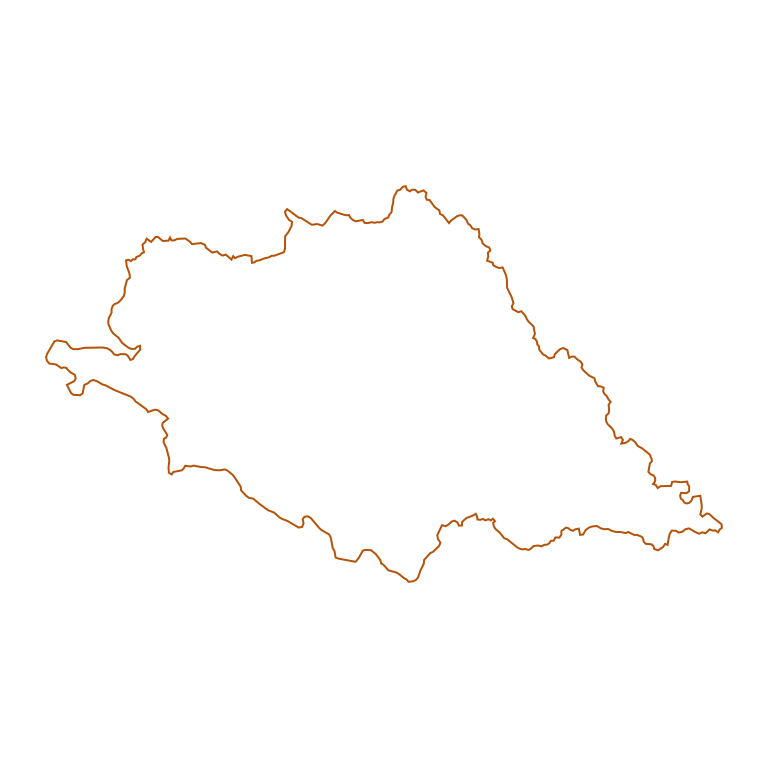 the district of São Roque de Minas, Minas Gerais, Brazil
{"feature_id": "56859067B90207233852614", "entity_name": "São Roque de Minas", "entity_type": "district", "adm_level": 2, "iso_a3": "BRA", "parent_name": "Brazil", "parent_adm1": "Minas Gerais", "projection": "natural_earth1", "projection_center": [-46.507, -20.181], "detail": "fine", "context": "isolated", "style": "outline", "palette": "amber", "viewbox_px": 768, "rotation_deg": 0, "n_neighbors": 0, "source": "geoboundaries", "source_scale": "gbopen_adm2", "svg_char_len": 6085}
<svg xmlns="http://www.w3.org/2000/svg" viewBox="0 0 768 768"><path d="M603.7,387.7L600.6,386.4L597.9,386.2L595.2,381.3L594.5,378.3L589.1,375.6L583.5,370.4L581.5,367.6L582.3,364.1L580.6,361.6L577.4,359.5L574.4,356.6L571.7,356.6L569.2,357.9L567.3,350.0L563.1,348.0L559.7,349.4L554.9,354.1L554.0,357.2L549.1,358.5L545.2,355.4L543.0,354.4L539.2,349.5L539.1,346.4L537.4,344.6L536.9,341.6L535.5,339.1L533.1,338.0L534.9,333.9L533.5,326.4L528.6,321.7L526.6,318.8L525.4,315.9L521.3,311.2L518.3,312.2L512.6,309.1L511.8,306.4L513.5,303.2L511.7,297.3L507.1,287.8L506.9,280.0L506.1,275.4L502.6,267.4L499.4,268.1L495.8,266.7L493.3,265.3L492.7,262.7L487.1,260.7L488.2,256.5L488.0,252.6L490.4,250.5L489.2,247.5L485.8,246.1L482.6,243.3L481.4,239.6L479.0,237.2L479.4,234.1L478.6,229.1L475.2,229.5L472.2,228.2L470.1,225.1L468.0,223.7L466.5,220.0L462.3,215.4L459.6,215.3L456.9,216.3L450.9,220.7L449.0,223.1L443.2,215.6L439.9,213.8L439.4,210.4L434.8,207.2L429.5,200.0L426.7,199.7L425.6,196.7L426.5,192.9L423.4,190.4L417.9,192.5L415.3,189.8L412.0,189.7L409.9,191.3L407.0,189.7L405.7,186.2L402.8,186.8L400.2,189.7L397.3,190.6L394.1,196.5L393.4,199.0L393.2,202.4L391.9,208.1L391.6,211.9L389.3,214.9L388.2,217.5L384.5,219.0L382.3,221.7L379.6,222.4L377.0,222.2L374.6,222.8L371.4,222.2L367.9,223.1L364.7,222.9L362.8,220.0L355.6,221.3L352.9,220.0L350.3,217.6L349.0,215.0L346.7,215.3L343.8,214.7L337.1,212.6L335.0,211.0L330.6,215.3L325.3,223.0L322.5,225.6L317.2,224.0L311.9,224.8L301.5,218.2L298.5,217.5L287.1,209.1L285.0,211.6L285.9,215.3L289.0,219.8L292.1,222.0L291.5,226.1L288.4,232.1L285.1,236.3L285.0,248.7L283.9,252.2L274.4,255.7L271.7,255.8L269.0,257.3L264.3,258.4L259.0,260.5L256.3,260.8L254.5,262.4L252.0,262.8L251.4,256.1L244.8,254.9L237.9,256.7L235.0,258.2L233.2,256.1L231.5,259.6L225.8,254.6L222.7,255.6L219.4,253.8L217.0,251.4L212.4,252.6L206.1,247.8L204.9,244.8L201.0,243.1L191.9,244.1L190.3,242.0L185.4,238.5L177.3,238.9L174.1,240.4L171.5,240.4L170.0,237.5L168.6,240.6L162.8,241.0L157.9,236.9L155.5,237.0L151.2,241.9L146.6,238.7L145.3,242.0L142.5,244.7L143.1,249.0L144.0,252.3L141.6,253.4L139.6,255.8L136.5,256.9L135.4,259.3L132.9,259.3L130.9,261.1L128.5,259.8L126.0,260.4L126.8,266.4L129.5,273.6L129.9,277.7L126.9,280.2L124.6,288.9L124.8,292.4L123.8,296.0L120.9,300.0L117.4,303.1L114.6,304.0L112.7,305.9L111.5,309.3L111.6,312.6L108.7,318.4L108.3,321.2L108.4,324.1L111.2,330.5L113.2,333.4L118.7,337.9L122.3,343.1L128.6,347.8L131.7,349.0L135.0,348.8L137.2,346.7L140.0,345.8L140.2,349.6L134.7,356.0L132.9,359.0L130.5,360.0L127.6,355.5L125.5,354.2L120.4,354.1L117.4,355.3L114.2,354.4L111.8,351.4L109.4,349.5L106.6,348.2L102.6,347.5L84.7,347.8L77.7,349.2L73.1,349.1L70.4,347.5L66.1,342.0L57.2,340.4L54.3,341.6L46.9,354.2L46.1,357.2L46.9,360.7L49.4,363.6L56.0,364.4L61.3,368.1L63.8,367.4L66.4,367.9L68.6,370.7L71.4,373.0L74.8,374.8L75.7,378.2L74.3,381.1L66.9,384.9L71.1,393.1L73.4,394.8L80.1,395.2L82.6,393.5L84.3,385.0L88.1,383.2L90.3,381.0L93.3,380.0L96.9,381.2L102.5,384.5L105.7,385.4L114.6,390.1L130.9,396.7L133.7,398.9L135.5,401.4L146.4,409.3L148.1,412.0L154.9,409.7L157.9,410.1L162.7,414.2L165.8,415.8L168.1,418.6L162.6,423.0L162.2,425.9L163.2,428.4L167.3,435.0L166.1,437.6L163.8,438.8L163.6,442.3L166.4,448.0L168.9,457.7L169.3,460.6L168.5,467.6L168.9,472.8L171.7,474.4L173.3,472.0L181.9,470.3L183.8,468.4L185.2,465.8L190.6,466.5L193.6,465.6L200.8,467.0L205.1,467.3L214.8,470.1L220.0,470.3L224.8,469.4L227.5,470.6L232.5,474.7L234.5,477.2L240.7,486.7L241.1,490.4L246.1,495.7L248.8,497.8L253.2,498.6L259.7,504.1L268.3,510.3L274.3,512.7L279.4,517.4L281.6,518.7L287.3,520.9L298.8,527.6L302.1,526.9L303.5,523.3L302.7,519.2L304.5,516.8L307.8,516.3L310.7,517.9L319.1,527.9L321.6,530.1L329.2,534.5L330.8,537.7L332.7,548.0L334.5,551.1L335.6,557.5L338.4,558.6L355.6,561.8L359.1,557.4L362.8,550.6L365.9,549.9L371.0,550.2L375.8,554.1L380.4,560.2L381.1,563.3L383.6,564.9L388.4,570.3L396.1,572.4L398.5,573.7L403.9,578.0L406.7,579.6L408.5,581.8L413.4,581.2L415.9,579.9L418.0,577.6L420.3,570.8L423.8,563.6L424.1,559.9L430.3,553.1L433.0,551.8L439.1,546.0L440.4,542.7L437.9,538.9L437.3,535.1L442.0,525.2L445.6,526.2L449.0,524.2L451.7,521.5L454.7,520.7L457.5,522.6L459.0,525.7L461.9,525.5L462.2,521.9L464.0,520.1L466.6,518.0L472.8,515.6L475.7,513.8L477.0,516.4L477.5,519.5L480.3,519.8L483.0,518.9L485.3,520.4L488.5,519.2L490.8,520.4L492.9,518.7L495.0,521.3L493.1,522.9L493.8,526.1L495.3,528.8L499.7,532.6L504.1,538.1L507.5,539.5L517.1,547.3L519.5,548.6L522.5,549.4L525.6,549.0L528.2,550.0L530.5,549.0L533.6,546.0L538.0,545.5L541.5,546.3L544.2,544.9L547.1,544.6L549.3,543.3L550.9,540.8L553.7,540.7L555.4,537.4L559.4,537.6L561.4,534.5L561.4,531.0L566.1,527.6L568.3,528.2L570.5,530.0L573.0,530.8L575.0,529.4L578.8,528.6L580.1,534.9L583.1,534.5L585.7,530.0L589.0,527.6L592.1,526.5L596.8,526.0L601.0,528.4L603.9,529.2L608.2,529.0L611.7,530.8L616.0,532.0L620.3,532.0L625.8,533.0L628.3,532.0L634.5,535.1L636.9,534.8L641.8,536.8L643.2,539.1L643.7,541.7L645.7,543.8L651.3,544.3L653.3,545.9L654.3,549.0L658.0,550.3L663.1,547.0L665.1,543.9L667.6,544.9L668.8,537.6L669.9,533.4L671.9,530.6L676.0,530.8L678.6,532.6L682.4,531.7L685.5,529.2L689.1,528.4L695.2,532.0L699.1,533.7L702.5,532.3L705.5,533.3L709.6,529.4L712.6,530.6L715.3,530.4L718.1,532.3L719.5,529.7L721.9,527.8L721.5,524.2L713.8,518.2L709.3,514.0L706.7,513.5L702.5,516.6L700.3,514.5L701.7,508.6L701.7,505.4L700.3,495.8L692.9,496.9L691.4,500.7L689.1,502.9L686.8,503.5L684.3,502.6L682.8,500.1L680.8,498.5L680.1,495.7L681.1,492.8L686.3,493.2L689.1,491.3L689.2,486.3L687.7,484.2L687.2,481.6L680.7,482.2L674.8,481.5L672.1,482.0L671.1,485.9L660.5,486.2L657.7,488.1L655.7,484.8L653.1,484.1L655.1,481.2L655.2,478.0L653.6,475.5L650.8,474.4L648.4,471.9L649.9,463.2L651.9,461.3L651.5,458.7L649.7,454.5L642.2,448.4L637.6,445.9L635.4,442.4L632.6,440.0L630.2,438.9L628.6,440.9L625.5,442.9L621.3,443.6L622.9,439.9L621.1,437.1L616.3,438.5L614.7,435.7L614.1,432.0L612.1,428.4L608.0,424.5L606.5,422.1L605.8,419.0L606.2,415.5L608.7,413.2L609.1,409.0L608.6,404.6L610.6,402.0L608.5,399.4L606.8,396.2L604.1,393.6L603.2,391.1L603.7,387.7Z" fill="none" stroke="#b45309" stroke-width="2"/></svg>